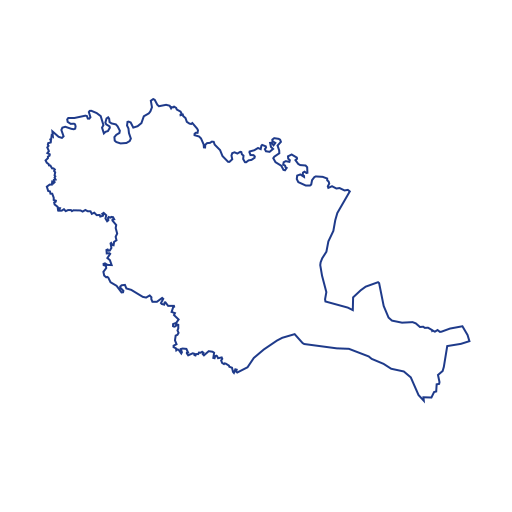 Phutthaisong, Buri Ram, Thailand, rotated 165°
{"feature_id": "78962969B74701516685822", "entity_name": "Phutthaisong", "entity_type": "district", "adm_level": 2, "iso_a3": "THA", "parent_name": "Thailand", "parent_adm1": "Buri Ram", "projection": "robinson", "projection_center": [103.029, 15.546], "detail": "fine", "context": "isolated", "style": "outline", "palette": "blue", "viewbox_px": 512, "rotation_deg": 165, "n_neighbors": 0, "source": "geoboundaries", "source_scale": "gbopen_adm2", "svg_char_len": 6145}
<svg xmlns="http://www.w3.org/2000/svg" viewBox="0 0 512 512"><g transform="rotate(165 256 256)"><path d="M148.7,294.1L150.2,296.1L153.5,296.4L157.7,300.0L160.9,300.4L164.5,303.7L168.5,303.1L168.6,304.7L166.5,307.0L166.6,309.2L167.6,310.6L167.2,312.4L171.1,315.2L177.7,317.4L179.2,317.1L182.2,314.8L184.2,310.7L185.6,310.1L189.7,311.2L196.0,316.4L196.7,319.8L195.4,323.0L192.1,323.3L189.1,320.0L188.9,320.9L189.9,322.5L189.0,324.4L187.3,324.9L185.8,323.1L184.8,323.1L183.6,328.5L184.7,330.6L189.8,332.4L191.4,334.0L193.1,338.4L191.2,339.3L191.1,340.5L195.3,344.8L199.3,344.0L199.7,341.7L198.5,339.8L199.4,338.3L202.7,339.9L205.0,339.4L206.1,337.2L204.5,335.8L204.5,334.1L203.6,333.1L205.8,331.3L207.2,332.1L208.2,336.6L212.9,341.6L214.0,346.0L212.6,347.2L206.9,349.2L206.3,351.9L206.6,357.1L202.4,359.8L202.6,362.1L203.8,363.3L207.9,365.1L210.1,364.2L210.4,362.7L208.1,360.2L210.4,358.4L211.6,361.3L213.1,361.6L213.3,357.5L211.8,355.0L215.9,353.1L219.3,354.6L219.8,356.9L218.2,358.2L218.2,359.4L221.3,361.7L222.2,361.2L223.8,358.0L226.1,359.8L230.3,358.6L235.1,358.6L235.5,357.9L235.2,354.9L232.3,354.1L231.4,352.5L232.0,351.2L235.5,350.0L238.4,350.3L241.3,349.1L242.4,349.5L243.3,353.0L242.1,356.2L243.3,357.9L243.3,360.2L244.2,360.7L247.5,359.8L249.9,361.7L252.3,361.5L253.7,359.4L253.9,355.6L257.3,353.8L258.6,354.2L262.5,361.2L263.3,367.6L267.1,374.3L267.3,377.2L269.0,377.9L271.2,377.2L274.0,377.7L276.2,376.6L277.1,374.0L278.2,374.4L277.7,377.3L278.7,383.8L280.1,386.2L284.1,388.6L283.8,389.8L282.4,390.6L280.6,390.1L279.5,392.4L279.9,394.3L283.1,400.9L284.4,400.3L286.0,401.1L288.1,403.5L288.4,407.5L290.1,410.0L290.1,411.5L292.4,411.5L292.3,412.1L290.9,412.4L291.5,415.0L294.6,418.0L294.8,419.7L296.5,421.5L297.6,421.0L298.7,421.6L299.8,420.6L300.5,423.5L303.7,425.3L311.0,425.8L312.2,427.7L313.4,433.0L314.7,434.2L317.4,433.2L318.0,426.6L320.6,423.0L322.6,421.5L328.2,420.0L332.3,414.0L336.8,412.0L341.3,411.8L342.5,417.4L344.3,418.8L345.4,418.8L346.8,415.4L346.2,412.2L346.9,407.6L346.5,401.8L348.3,399.7L351.9,398.7L357.7,399.8L361.4,402.2L362.6,404.0L362.0,407.5L359.6,409.2L356.1,410.2L355.1,412.2L356.1,417.0L357.3,419.4L361.3,421.5L362.8,423.3L362.3,426.6L362.9,428.2L364.8,427.5L367.0,423.8L366.6,421.9L363.9,419.1L364.0,417.7L366.7,415.0L369.2,414.9L371.2,413.8L371.5,419.8L369.5,421.9L369.8,431.3L372.9,435.3L377.5,438.9L379.1,439.2L380.2,438.3L380.0,432.9L381.5,431.8L382.9,432.3L383.1,434.9L384.4,435.7L395.6,436.3L401.6,437.9L403.0,436.8L403.2,434.3L400.8,431.6L397.6,430.9L396.7,430.0L396.7,427.9L397.7,425.8L399.2,425.6L401.4,426.6L406.8,430.2L409.8,430.1L411.4,428.1L410.9,421.4L412.9,420.3L415.8,422.2L420.4,429.1L421.3,424.0L422.2,425.3L423.6,421.9L424.5,421.8L424.2,420.4L424.9,418.8L427.5,418.8L428.3,417.3L427.9,416.1L429.5,414.9L428.9,410.9L430.9,409.4L428.9,407.6L429.4,406.4L431.3,405.8L431.7,404.3L434.5,402.8L434.0,400.3L432.5,398.4L432.5,397.1L431.2,396.6L430.3,393.4L428.9,393.0L427.9,391.6L429.0,390.4L428.3,388.8L429.7,386.0L429.2,384.9L430.3,383.8L429.8,381.7L431.6,381.8L432.2,381.1L431.4,379.5L432.9,378.6L433.8,380.1L434.7,377.8L436.8,378.4L440.1,377.1L439.9,372.6L438.3,371.7L438.4,369.4L436.7,368.9L436.3,364.6L436.9,362.5L435.0,361.2L435.4,360.3L437.1,359.9L437.2,357.9L434.9,354.9L435.2,352.5L434.0,353.3L433.0,352.9L434.6,350.8L431.9,350.1L429.4,350.9L428.2,348.6L425.6,349.0L422.9,348.3L422.2,347.0L420.5,347.4L413.7,345.4L412.0,343.8L408.9,344.6L407.0,342.8L404.3,342.0L403.7,339.2L401.0,339.7L399.3,336.7L396.4,336.1L396.2,334.4L393.4,334.5L393.0,335.2L393.6,336.5L392.0,337.1L390.1,334.1L391.7,331.2L390.8,328.1L389.4,328.7L389.1,331.0L388.2,331.8L386.9,330.8L385.6,331.2L384.0,330.5L383.5,328.2L385.2,328.4L385.5,327.4L383.0,322.1L384.3,319.4L384.3,313.6L386.6,310.9L386.7,307.3L389.4,306.4L390.8,303.2L391.9,303.7L392.5,306.1L393.2,305.8L393.6,301.2L395.8,299.1L397.1,299.3L397.6,300.7L398.9,300.5L399.5,297.1L396.8,296.6L396.3,295.8L400.1,292.5L398.2,289.8L397.8,284.6L401.7,285.8L403.8,288.0L405.3,287.8L405.5,286.6L403.5,285.3L403.8,283.1L407.5,280.2L407.7,276.4L406.2,274.2L405.1,274.3L404.3,273.4L403.3,268.3L398.4,263.3L395.3,255.6L393.8,255.4L393.1,256.7L395.3,260.6L395.1,261.6L393.4,262.5L390.1,262.0L389.6,258.2L385.3,255.6L375.9,245.8L372.9,244.3L368.9,245.4L367.7,243.2L368.3,241.5L367.9,238.6L363.6,237.4L357.5,239.8L356.7,238.6L360.0,235.1L359.4,234.0L357.3,232.8L356.2,234.8L355.5,234.7L353.8,230.6L348.2,229.1L348.2,228.2L349.3,227.9L352.0,223.8L349.1,221.8L350.5,220.2L347.2,214.7L350.3,212.1L353.7,211.7L354.3,209.7L353.3,208.9L351.9,209.0L351.0,209.6L350.9,211.0L348.9,209.6L349.8,206.2L351.1,204.4L350.7,201.8L352.3,200.2L354.2,199.9L356.1,195.5L355.6,191.4L358.8,190.7L359.2,189.3L357.2,187.5L357.4,185.5L356.0,186.1L355.0,185.4L353.4,181.2L352.5,182.2L352.7,185.6L350.8,185.6L347.3,184.3L346.6,180.4L347.8,180.5L348.0,179.9L347.2,177.6L342.3,178.4L341.0,177.6L341.1,176.2L340.2,175.6L339.3,176.8L337.2,176.2L336.1,177.5L334.5,176.9L332.8,177.4L331.8,176.1L332.8,175.0L332.0,173.5L326.3,176.3L322.8,174.8L321.5,173.4L323.6,168.6L322.5,168.0L321.3,169.8L320.2,170.0L319.5,169.3L319.1,167.1L315.4,166.9L315.2,165.4L316.7,164.1L316.4,161.5L314.9,159.9L314.0,160.4L312.9,159.7L310.5,157.1L310.4,155.9L308.1,154.3L308.2,150.0L307.6,148.8L305.3,151.9L304.1,151.2L305.1,149.5L304.3,148.3L293.0,150.7L284.5,158.1L272.6,163.7L257.6,168.9L251.8,170.2L238.9,170.5L233.5,159.8L232.2,158.5L201.9,145.9L190.3,142.3L173.1,129.8L170.9,126.7L160.7,118.8L154.6,112.1L143.1,106.2L137.9,98.7L135.0,79.6L131.4,72.8L130.8,76.2L123.2,73.9L119.2,78.5L117.0,78.5L114.7,85.3L112.2,85.1L111.4,86.7L111.0,94.0L105.5,96.6L103.3,100.2L94.6,119.5L80.8,118.1L71.9,118.5L72.1,124.9L74.8,134.7L87.4,135.7L96.4,134.9L98.0,135.1L99.8,137.5L102.8,136.6L104.5,138.2L105.2,138.0L105.2,139.0L108.4,142.2L111.6,142.9L112.8,144.4L116.0,145.0L119.1,149.6L121.9,151.6L132.2,153.8L141.4,158.4L143.9,162.2L145.6,174.7L144.1,197.9L144.9,199.1L158.0,198.0L163.7,195.8L172.9,190.9L176.5,178.7L180.7,182.4L200.7,194.1L200.5,196.3L197.4,202.9L197.3,220.0L196.3,230.6L195.2,233.2L192.6,236.7L186.9,241.9L182.3,251.4L174.8,260.2L170.1,270.2L166.3,276.5L148.7,294.1Z" fill="none" stroke="#1e3a8a" stroke-width="2"/></g></svg>